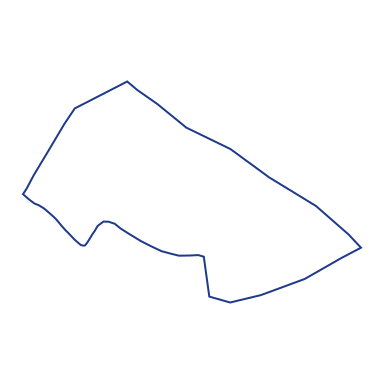 Marisule/Top Of The World/Belle Ville, Gros Islet, Saint Lucia (Equal Earth projection)
{"feature_id": "8701671B20786089058501", "entity_name": "Marisule/Top Of The World/Belle Ville", "entity_type": "district", "adm_level": 2, "iso_a3": "LCA", "parent_name": "Saint Lucia", "parent_adm1": "Gros Islet", "projection": "equal_earth", "projection_center": [-60.967, 14.044], "detail": "fine", "context": "isolated", "style": "outline", "palette": "blue", "viewbox_px": 384, "rotation_deg": 0, "n_neighbors": 0, "source": "geoboundaries", "source_scale": "gbopen_adm2", "svg_char_len": 792}
<svg xmlns="http://www.w3.org/2000/svg" viewBox="0 0 384 384"><path d="M127.2,81.5L74.8,108.4L64.4,123.9L47.7,152.0L33.9,174.9L26.7,188.5L23.0,194.2L29.1,199.5L34.4,203.5L38.7,205.2L43.8,208.3L48.3,212.1L52.4,215.7L55.5,218.6L58.2,221.7L61.9,226.2L65.4,230.1L68.2,232.9L72.2,237.1L75.1,240.1L78.9,243.4L81.0,245.1L83.2,245.6L84.9,245.5L86.9,243.1L89.6,238.9L92.1,234.7L94.8,230.8L97.6,226.0L103.4,221.6L108.5,221.7L114.8,223.8L120.6,228.5L128.3,233.4L141.1,241.2L150.8,246.1L161.3,251.1L169.0,253.2L178.9,255.7L190.0,255.5L198.3,255.1L203.8,256.7L209.3,296.6L221.7,300.1L230.1,302.5L260.9,295.1L304.8,278.9L341.0,258.2L361.0,247.7L357.3,243.8L348.6,234.5L316.0,206.0L269.3,177.5L230.5,149.1L186.4,127.7L157.3,104.0L137.0,89.8L127.2,81.5Z" fill="none" stroke="#1e3a8a" stroke-width="2"/></svg>